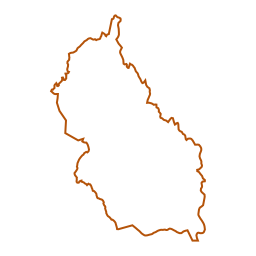 the district of Buriti dos Montes, Piauí, Brazil
{"feature_id": "56859067B43813520190599", "entity_name": "Buriti dos Montes", "entity_type": "district", "adm_level": 2, "iso_a3": "BRA", "parent_name": "Brazil", "parent_adm1": "Piauí", "projection": "equal_earth", "projection_center": [-41.217, -5.12], "detail": "fine", "context": "isolated", "style": "outline", "palette": "amber", "viewbox_px": 256, "rotation_deg": 0, "n_neighbors": 0, "source": "geoboundaries", "source_scale": "gbopen_adm2", "svg_char_len": 4816}
<svg xmlns="http://www.w3.org/2000/svg" viewBox="0 0 256 256"><path d="M120.5,18.5L119.8,18.0L118.7,17.5L117.8,17.3L117.0,16.8L116.3,16.0L115.7,15.4L114.6,15.7L113.9,17.0L113.5,18.5L112.7,19.1L111.9,19.2L108.8,34.1L107.3,34.5L106.7,35.2L106.2,36.2L105.5,35.7L105.1,34.6L104.3,33.8L102.3,32.6L101.9,33.6L101.5,35.1L101.2,36.2L100.5,37.3L100.1,38.7L99.1,39.2L97.4,39.5L96.2,40.1L95.0,39.2L94.2,39.5L93.3,39.6L92.5,39.3L90.6,38.2L89.1,38.4L88.0,38.9L86.7,40.1L85.4,40.8L84.4,41.4L83.1,43.0L80.8,45.3L80.1,46.2L79.1,47.0L78.1,47.7L77.5,48.3L77.0,49.4L76.4,50.6L75.5,51.3L74.7,51.7L73.9,52.2L73.0,52.6L71.9,52.7L71.0,52.8L70.3,53.1L69.6,53.4L68.9,53.9L69.1,55.1L69.2,56.5L69.4,57.7L69.2,58.6L69.2,59.7L68.5,60.5L67.5,61.7L67.4,63.3L68.1,64.4L68.0,66.3L67.5,68.0L67.2,69.2L67.5,70.8L68.1,71.7L68.9,71.9L68.5,72.8L67.4,73.5L66.2,73.5L65.5,73.6L65.8,74.6L66.4,75.9L66.1,76.9L66.3,78.1L65.7,79.2L65.0,80.0L63.9,79.9L63.5,78.6L62.9,77.5L62.0,77.7L62.3,79.0L61.8,80.9L60.9,81.8L60.1,82.6L59.3,83.3L58.6,84.4L58.8,85.4L57.9,86.1L57.1,85.8L57.2,84.5L56.3,83.2L55.7,84.3L54.9,84.5L54.4,85.7L54.5,86.9L54.4,88.2L53.5,88.8L52.9,89.7L51.8,89.7L51.1,91.2L52.2,92.1L53.0,92.9L54.2,93.8L55.2,94.1L56.6,94.0L57.9,94.0L57.6,98.1L56.9,102.7L59.5,110.9L66.0,120.4L65.3,133.1L78.2,140.4L83.2,138.8L82.3,141.4L83.6,142.2L85.2,142.6L86.4,142.6L87.6,144.5L88.4,146.9L89.0,149.5L88.5,151.3L87.4,152.4L86.2,151.9L85.5,152.4L84.3,153.1L83.4,154.7L82.5,155.2L81.3,156.5L79.9,158.3L79.0,159.7L78.5,160.9L77.5,163.2L77.2,165.6L76.9,166.8L77.4,167.7L77.4,168.7L76.9,169.7L75.9,171.3L74.5,173.1L74.7,174.4L75.1,175.3L76.9,177.6L76.7,178.6L76.8,179.7L76.6,180.7L76.6,181.8L77.3,182.7L78.7,182.7L79.5,181.4L80.7,180.8L81.5,180.6L81.6,181.7L82.7,182.0L83.9,182.5L84.8,183.4L86.1,184.0L87.0,185.1L87.8,184.2L88.5,183.7L89.4,184.4L90.2,184.4L91.0,185.6L91.5,186.9L91.8,187.9L92.4,189.2L92.8,190.8L93.9,191.0L95.0,192.0L95.7,192.8L96.4,194.0L96.5,195.4L96.9,196.4L97.2,197.6L97.8,198.2L98.7,198.3L99.4,198.8L100.2,199.1L101.3,199.4L102.2,199.8L103.1,200.8L103.8,202.3L103.4,203.4L103.8,204.4L104.3,205.5L104.9,206.0L105.4,207.1L105.1,208.2L105.4,209.3L105.7,210.3L106.2,211.7L106.3,213.3L106.8,214.2L107.2,215.1L107.9,216.1L108.8,216.7L109.7,217.4L110.7,218.6L111.5,219.7L112.5,219.7L113.6,220.5L114.7,221.6L115.5,222.8L115.9,224.3L116.4,226.0L116.8,227.4L117.1,229.1L118.4,229.2L132.4,225.3L135.5,227.8L137.8,229.8L139.3,231.0L140.4,232.1L141.5,233.3L142.9,234.3L144.5,235.3L145.7,235.5L147.3,235.3L150.2,234.5L151.6,234.2L152.5,233.8L153.5,232.9L154.9,232.4L156.0,231.9L157.4,231.0L158.5,230.5L160.4,229.9L161.6,229.8L162.9,229.9L163.9,229.7L165.0,229.6L166.1,230.0L167.0,230.0L167.8,229.7L168.6,229.1L169.7,228.6L170.9,228.8L172.2,229.3L173.6,230.1L175.0,230.8L175.8,231.2L176.6,231.9L177.7,232.4L179.4,233.1L181.3,233.1L182.1,232.6L183.4,231.5L185.3,230.8L187.5,230.3L192.5,240.6L197.9,240.6L196.9,237.9L196.4,235.3L196.7,234.2L197.6,232.9L198.7,232.7L199.9,233.1L200.7,233.2L202.3,233.1L203.2,232.7L203.9,232.0L204.9,229.5L204.5,226.3L204.0,224.5L203.4,223.2L202.1,221.0L200.3,218.4L198.9,216.0L198.4,214.9L198.4,213.8L199.0,209.5L199.8,207.7L201.7,206.4L203.1,205.2L204.3,199.0L204.7,196.7L204.5,194.6L201.7,192.1L200.8,190.6L201.0,188.5L201.8,187.5L202.1,186.1L201.5,183.0L202.5,181.6L204.8,181.3L204.9,180.1L202.9,178.3L202.1,176.0L200.1,173.6L199.2,172.3L198.5,171.7L197.3,171.2L197.2,169.8L199.0,169.4L199.7,168.8L200.9,167.7L201.8,166.7L202.0,165.3L201.3,163.4L201.4,161.8L201.2,160.8L200.0,158.3L199.5,156.3L199.9,153.8L200.8,151.6L201.3,150.0L201.2,148.2L200.3,146.4L199.5,145.5L198.9,144.8L198.0,144.6L195.1,144.7L192.7,140.5L191.3,138.9L190.0,138.5L188.0,138.7L186.5,140.0L185.8,139.2L185.2,135.7L184.4,134.6L183.0,134.0L181.7,131.8L180.3,131.3L179.3,130.5L178.6,129.4L178.3,124.1L177.7,122.9L176.4,123.3L175.7,124.2L174.9,124.6L173.9,121.9L172.9,118.2L171.5,117.9L170.4,118.9L168.1,122.1L166.3,120.6L163.7,119.8L162.3,118.4L160.6,117.8L160.2,116.7L160.7,113.9L159.8,112.7L158.8,111.7L158.9,110.1L158.6,109.1L158.2,108.2L156.5,107.4L156.4,104.6L155.1,104.5L153.8,104.8L152.4,103.8L151.3,103.3L148.9,102.7L147.1,102.8L147.7,99.9L148.2,98.8L148.9,97.2L149.3,96.1L149.8,95.1L150.1,93.8L149.8,92.4L149.7,91.3L149.9,90.3L149.4,88.3L147.3,86.8L146.2,85.0L145.9,83.5L145.3,80.4L143.6,82.7L142.4,83.1L141.3,81.5L140.4,79.2L138.6,76.3L137.9,73.9L137.4,73.0L136.7,72.3L135.8,71.2L135.2,69.5L134.5,67.7L133.6,66.7L133.1,65.8L131.9,64.7L131.0,64.5L130.0,63.7L129.6,64.8L129.2,66.2L128.6,67.9L127.8,67.8L126.8,66.6L126.9,64.8L126.4,64.0L124.6,64.4L123.6,63.7L123.4,61.3L123.3,59.9L122.3,57.3L120.4,53.5L120.1,52.5L120.2,51.1L120.7,50.0L121.9,47.7L120.5,45.8L118.6,43.6L116.3,39.4L117.6,37.7L118.3,36.5L118.9,34.8L118.9,32.6L118.7,28.8L118.0,25.2L118.2,24.1L118.5,22.8L120.5,21.0L120.7,19.7L120.5,18.5Z" fill="none" stroke="#b45309" stroke-width="2"/></svg>